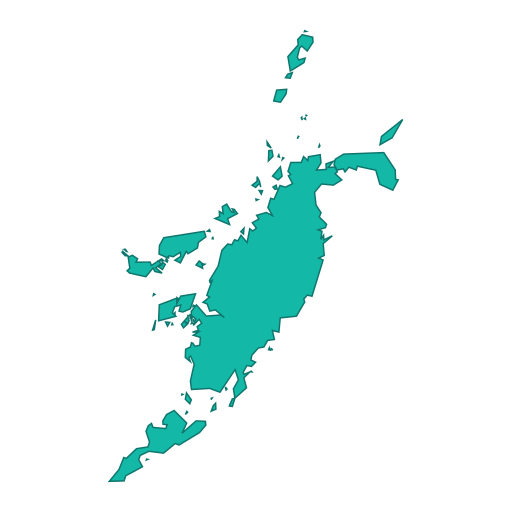 the district of Maluku Tenggara Barat, Maluku, Indonesia
{"feature_id": "22746128B78864950196660", "entity_name": "Maluku Tenggara Barat", "entity_type": "district", "adm_level": 2, "iso_a3": "IDN", "parent_name": "Indonesia", "parent_adm1": "Maluku", "projection": "robinson", "projection_center": [131.235, -7.5], "detail": "fine", "context": "isolated", "style": "filled", "palette": "teal", "viewbox_px": 512, "rotation_deg": 0, "n_neighbors": 0, "source": "geoboundaries", "source_scale": "gbopen_adm2", "svg_char_len": 6165}
<svg xmlns="http://www.w3.org/2000/svg" viewBox="0 0 512 512"><path d="M320.2,154.7L308.5,156.7L307.8,160.5L303.6,156.6L301.3,162.4L290.8,162.5L288.0,171.4L290.7,174.4L288.4,175.8L292.6,183.6L285.4,187.2L280.0,185.5L274.0,199.4L270.7,198.3L267.9,207.5L272.5,215.6L266.3,212.5L256.6,215.3L258.9,219.0L252.3,222.7L256.4,228.2L252.8,231.0L249.8,228.7L247.1,242.5L241.0,235.3L237.9,240.8L234.5,239.8L231.8,244.8L227.7,244.0L221.9,250.3L218.1,266.3L209.5,280.4L210.1,283.1L210.5,281.5L212.2,280.4L206.8,295.3L209.6,297.0L203.0,302.3L207.2,304.0L209.8,311.1L215.4,309.9L224.3,317.5L220.5,315.0L206.3,316.1L196.4,304.9L191.3,311.3L191.4,321.5L192.4,316.1L195.8,319.0L193.3,325.4L199.1,319.3L201.7,323.2L197.1,326.7L198.6,330.2L192.5,332.1L198.7,332.0L193.3,335.2L200.4,337.4L199.8,345.2L194.9,346.3L192.8,343.2L191.5,342.7L190.4,347.0L185.6,349.3L185.3,357.5L190.4,361.6L188.8,357.6L190.5,356.0L194.2,364.1L190.4,381.1L191.5,389.5L209.7,388.4L220.0,392.2L235.1,369.6L238.4,379.9L233.4,388.9L234.9,398.2L246.5,387.8L243.8,377.8L249.8,372.0L244.0,374.3L243.1,372.5L246.9,365.5L251.5,366.4L255.6,362.2L250.9,360.0L251.8,355.3L258.3,348.0L263.9,347.0L267.7,340.4L274.4,339.5L272.4,330.5L278.9,332.1L280.2,317.9L296.4,316.2L304.7,302.0L303.8,299.0L307.3,295.1L312.0,296.2L323.1,260.0L318.7,258.1L324.2,255.5L323.2,243.6L332.3,235.8L323.8,239.9L323.6,235.3L320.8,239.4L322.0,231.3L318.1,229.8L325.4,227.7L326.6,224.3L319.3,217.0L321.0,212.7L316.0,205.0L314.6,192.3L321.5,184.0L333.4,185.1L341.8,179.9L335.1,173.7L337.3,171.9L335.1,167.1L328.3,167.4L333.2,161.3L326.0,163.9L326.3,169.4L316.5,170.1L321.0,162.9L320.2,154.7ZM174.1,410.5L166.6,414.5L162.9,420.8L163.0,424.2L167.1,424.8L165.8,428.6L153.0,427.4L151.5,423.4L148.3,425.8L146.0,431.3L149.5,442.0L148.0,446.9L136.5,448.7L126.3,458.4L123.8,457.5L119.0,469.5L109.3,481.3L124.1,480.9L125.7,475.8L142.5,466.7L138.7,459.7L140.2,455.4L148.9,451.3L163.6,453.1L175.2,443.5L179.0,445.0L199.6,432.5L205.8,425.1L205.4,421.3L196.1,420.9L182.1,433.2L186.7,423.0L174.1,410.5ZM383.8,152.6L343.7,154.1L335.3,159.2L334.0,164.7L337.1,170.0L343.3,168.8L345.0,171.9L348.9,167.2L356.3,170.0L357.3,166.2L375.8,170.2L379.9,184.3L392.8,190.2L398.2,179.9L395.6,179.4L395.2,170.0L383.8,152.6ZM204.2,231.3L163.8,237.7L159.5,245.4L159.0,254.0L167.2,257.7L168.6,256.0L169.3,255.7L173.1,256.8L180.2,252.3L180.8,256.3L174.9,260.2L180.4,262.9L186.2,251.4L188.0,253.7L197.4,248.0L198.5,242.3L205.9,236.8L204.2,231.3ZM195.5,293.8L180.8,296.1L176.8,303.4L176.7,298.2L159.3,304.8L158.6,320.8L175.9,316.3L172.4,312.7L174.7,306.6L180.8,305.1L179.0,311.1L182.9,312.0L190.3,308.8L195.5,293.8ZM132.4,255.3L128.2,257.1L129.8,268.2L127.1,270.8L129.6,273.1L145.9,276.7L153.0,268.0L154.9,271.5L162.1,273.1L155.6,267.8L160.9,263.9L158.6,260.8L163.7,260.7L161.6,258.9L151.3,265.5L150.2,262.1L136.0,262.2L137.6,258.8L132.4,255.3ZM302.3,34.7L297.7,39.5L298.2,44.9L287.9,56.6L290.3,71.0L303.9,62.6L305.2,58.1L298.9,59.9L297.3,57.3L299.7,47.8L301.8,46.1L307.2,51.0L313.0,42.2L312.7,37.2L302.3,34.7ZM226.7,204.1L222.3,206.6L223.2,213.7L219.3,211.4L219.6,216.6L215.0,218.5L229.6,224.6L227.6,218.7L237.4,213.6L234.3,209.4L232.2,208.9L234.0,212.5L231.5,211.9L226.7,204.1ZM392.1,137.8L402.7,119.5L381.5,136.4L380.0,144.7L392.1,137.8ZM286.7,89.3L276.7,90.1L273.7,101.0L280.5,102.2L286.1,93.8L286.7,89.3ZM282.1,176.2L280.4,166.8L272.5,176.1L278.1,179.9L282.1,176.2ZM271.9,150.2L268.8,150.7L268.4,160.9L273.0,156.3L271.9,150.2ZM186.5,392.9L185.3,399.2L189.8,403.7L191.3,399.8L186.5,392.9ZM199.2,261.0L196.1,265.0L202.6,268.3L201.7,262.9L199.2,261.0ZM259.6,181.6L257.1,176.6L257.1,181.3L252.1,185.2L255.6,187.4L259.6,183.2L260.7,187.1L259.6,181.6ZM187.8,316.9L181.4,324.3L183.5,327.8L186.9,324.5L184.8,321.5L187.9,323.5L189.1,320.6L187.8,316.9ZM162.3,262.1L161.8,264.9L158.3,266.7L162.4,269.5L165.3,264.4L162.3,262.1ZM215.6,403.2L213.3,405.6L211.2,411.2L215.9,409.2L215.6,403.2ZM292.3,72.6L287.8,74.1L285.5,77.7L290.2,78.2L292.3,72.6ZM271.2,148.0L267.1,141.9L267.3,145.4L271.2,148.0ZM244.0,228.2L240.8,231.7L243.5,234.0L244.0,228.2ZM232.3,406.5L234.9,398.3L232.3,398.9L229.3,406.0L232.3,406.5ZM169.7,322.4L165.6,322.0L167.5,326.1L169.7,322.4ZM276.2,185.2L273.0,187.0L274.9,189.3L277.1,189.0L276.2,185.2ZM154.3,329.6L155.7,319.9L152.6,330.1L154.3,329.6ZM128.0,255.9L122.6,251.3L122.0,252.4L125.1,255.7L128.0,255.9ZM207.4,231.2L210.1,231.5L209.5,229.6L207.4,231.2ZM269.4,347.7L268.6,349.7L270.2,350.1L269.4,347.7ZM262.5,190.7L259.1,190.5L261.3,194.1L262.5,190.7ZM204.9,264.2L202.2,263.7L203.4,265.1L204.9,264.2ZM166.3,258.5L165.7,260.9L167.1,262.1L167.8,260.7L166.3,258.5ZM185.4,414.4L187.6,412.3L186.8,411.4L185.4,414.4ZM178.8,298.8L177.2,297.8L177.7,299.3L178.8,298.8ZM258.0,199.6L255.9,199.1L256.2,200.5L258.0,199.6ZM302.2,120.1L301.8,117.2L301.3,117.7L302.2,120.1ZM227.0,389.0L225.3,387.0L226.1,390.0L227.0,389.0ZM213.1,238.8L212.9,236.8L212.2,238.7L213.1,238.8ZM279.4,157.1L278.8,154.9L278.0,156.6L279.4,157.1ZM272.8,349.9L271.4,348.8L271.2,349.6L272.8,349.9ZM304.4,31.6L306.2,31.4L304.7,30.7L304.4,31.6ZM153.3,295.4L154.9,294.4L153.7,293.7L153.3,295.4ZM187.9,315.6L189.6,316.1L188.0,315.4L187.9,315.6ZM283.8,158.1L282.8,157.6L282.3,159.5L283.8,158.1ZM319.9,146.0L319.5,144.8L318.5,147.7L319.9,146.0ZM172.9,324.6L172.2,323.4L171.8,324.8L172.9,324.6ZM193.0,306.4L194.3,305.7L193.4,305.2L193.0,306.4ZM168.6,258.0L168.7,256.2L168.0,257.8L168.6,258.0ZM147.8,459.4L146.6,459.1L146.3,460.0L147.8,459.4ZM304.3,118.7L305.5,119.3L305.3,118.0L304.3,118.7ZM192.8,323.3L191.9,322.4L191.3,323.6L192.8,323.3ZM189.5,315.7L190.8,315.3L190.0,314.7L189.5,315.7ZM175.0,312.6L174.2,313.4L175.0,314.0L175.0,312.6ZM305.8,116.2L306.6,115.4L306.1,115.2L305.8,116.2ZM193.5,321.2L193.7,318.9L193.2,321.1L193.5,321.2ZM297.3,138.8L298.7,136.5L298.3,136.3L297.3,138.8ZM189.8,317.9L190.3,317.5L190.8,316.1L189.8,317.9ZM125.4,249.3L124.7,249.2L124.4,249.3L125.6,249.6L126.1,251.3L126.9,251.5L125.4,249.3ZM190.2,319.1L191.2,317.7L190.6,317.4L190.2,319.1ZM212.1,398.0L211.3,398.3L211.1,399.6L212.1,398.0ZM182.9,394.4L182.0,394.0L181.8,394.9L182.9,394.4ZM251.9,371.9L251.2,371.2L250.0,371.9L251.9,371.9ZM125.3,249.8L123.8,249.9L125.4,249.9L125.3,249.8Z" fill="#14b8a6" stroke="#0f766e" stroke-width="1.5"/></svg>